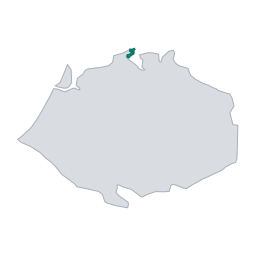 Western Area Urban, Western, Sierra Leone shown in context, rotated 92°
{"feature_id": "65957751B7442620669158", "entity_name": "Western Area Urban", "entity_type": "district", "adm_level": 2, "iso_a3": "SLE", "parent_name": "Sierra Leone", "parent_adm1": "Western", "projection": "equal_earth", "projection_center": [-13.216, 8.449], "detail": "fine", "context": "in_parent", "style": "filled", "palette": "teal", "viewbox_px": 256, "rotation_deg": 92, "n_neighbors": 0, "source": "geoboundaries", "source_scale": "gbopen_adm2", "svg_char_len": 3766}
<svg xmlns="http://www.w3.org/2000/svg" viewBox="0 0 256 256"><g transform="rotate(92 128 128)"><path d="M207.7,125.5L207.5,127.7L206.0,137.9L203.7,146.6L202.1,148.8L195.4,151.1L192.5,155.0L190.1,167.4L188.5,177.2L186.2,178.8L176.4,192.9L169.9,198.3L165.4,202.9L161.2,208.9L155.8,214.7L150.0,224.5L145.9,234.7L143.1,237.9L141.0,235.0L131.2,225.0L120.8,218.2L98.7,206.9L91.3,203.7L91.6,199.7L94.1,192.4L90.0,183.8L91.6,177.6L90.0,177.6L86.9,181.3L80.1,180.3L75.7,174.9L72.0,172.9L70.4,170.2L68.1,156.1L66.4,149.7L63.0,145.7L56.2,144.7L53.5,136.1L49.7,129.4L50.3,125.3L53.4,125.6L55.8,128.5L59.6,129.8L64.4,122.6L68.7,118.6L69.7,115.2L69.2,113.3L66.6,116.2L59.5,115.5L57.7,118.1L54.5,119.0L52.0,110.5L52.2,105.5L53.2,100.0L60.4,99.1L61.0,97.3L56.0,96.1L49.8,89.8L48.7,85.4L51.7,83.9L54.7,84.5L57.3,85.5L60.0,83.9L62.6,81.5L64.2,78.4L66.3,70.2L73.0,67.4L77.0,62.3L80.8,54.5L82.5,48.9L84.0,46.2L85.0,43.8L85.7,41.2L87.4,38.8L89.2,32.9L90.4,27.6L94.3,25.1L102.2,22.8L109.3,26.7L120.9,23.3L121.5,18.3L132.1,18.2L144.7,18.1L155.1,18.1L158.7,19.4L160.0,23.1L163.5,29.0L167.1,33.0L171.6,41.9L176.8,52.2L182.4,61.5L186.0,66.5L186.4,68.3L186.2,70.3L184.4,75.0L182.9,80.2L183.1,82.1L184.1,83.1L190.0,84.7L190.5,90.4L190.6,98.3L193.4,105.7L196.2,111.1L196.0,113.0L189.4,122.3L186.9,131.5L185.6,134.1L185.0,136.2L186.4,137.1L188.2,136.5L190.8,137.3L193.2,137.6L196.4,134.2L201.8,125.8L203.6,124.8L207.7,125.5ZM89.2,200.2L88.4,202.0L84.9,197.4L66.7,190.6L71.8,186.9L84.5,185.9L88.2,188.0L89.9,189.8L90.5,193.1L89.2,200.2Z" fill="#d9dde1" stroke="#a8b0b8" stroke-width="1"/><path d="M57.1,130.2L57.3,130.2L57.4,130.3L57.4,130.2L57.5,130.2L57.4,130.1L57.3,129.8L57.2,129.8L57.2,129.7L57.1,129.8L57.0,129.7L57.0,129.8L56.9,129.7L56.9,129.8L56.9,129.7L56.7,129.7L56.5,129.4L56.3,129.2L56.2,129.0L56.2,128.9L56.1,128.6L56.0,128.4L55.9,128.1L55.8,127.8L55.7,127.8L55.7,127.7L55.4,127.5L55.3,127.4L55.2,127.4L55.2,127.1L55.1,126.9L55.0,126.7L54.9,126.6L54.7,126.4L54.6,126.2L54.4,126.0L54.3,125.9L54.2,125.7L54.1,125.8L53.9,125.8L53.9,125.7L53.8,125.8L53.7,125.8L53.6,125.7L53.5,125.8L53.4,125.8L53.4,125.7L53.3,125.4L53.2,125.5L53.2,125.4L53.3,125.3L53.4,125.2L53.2,125.1L53.1,124.9L52.7,124.9L52.7,125.0L52.4,125.1L52.2,125.1L51.9,125.1L51.9,124.9L51.7,125.0L51.5,125.3L51.4,125.3L51.3,125.2L51.2,125.0L51.1,124.9L51.2,125.0L51.1,124.9L50.9,124.9L50.8,125.1L50.7,125.2L50.8,125.3L50.7,125.3L50.8,125.4L50.9,125.5L50.6,125.6L50.5,125.4L50.4,125.4L50.4,125.2L50.3,124.9L50.2,124.9L50.2,124.7L49.8,124.8L49.8,125.0L49.7,125.0L49.8,125.1L49.7,125.3L49.6,125.5L49.5,125.9L49.5,126.0L49.4,126.2L49.4,126.3L49.4,126.1L49.4,125.9L49.4,125.7L49.4,125.8L49.3,125.7L49.3,125.4L49.2,125.3L49.2,125.2L49.3,125.1L49.5,125.0L49.6,124.9L49.4,124.8L49.3,124.7L49.2,124.7L48.9,124.5L48.9,124.4L48.8,124.5L48.7,124.6L48.4,124.5L48.4,124.8L48.5,125.0L48.8,125.3L48.9,125.7L49.0,125.9L49.1,126.0L49.2,126.4L49.2,126.7L49.3,126.9L49.3,127.1L49.4,127.6L49.4,127.8L49.3,128.2L49.3,128.4L49.3,128.6L49.5,128.5L49.8,128.6L49.9,128.8L50.0,128.8L50.3,128.8L50.3,128.7L50.4,128.8L50.7,128.7L51.3,128.8L51.3,128.7L51.3,128.3L51.2,128.2L51.2,127.9L51.1,127.6L51.0,127.4L51.1,127.2L51.2,127.3L51.2,127.2L51.3,127.1L51.9,127.6L52.1,127.5L52.2,127.4L52.3,127.2L52.2,126.9L52.3,126.8L52.3,126.7L52.4,126.4L52.3,126.1L52.2,126.0L52.3,125.7L52.4,125.8L52.7,126.0L52.8,126.3L52.8,126.5L53.0,126.7L53.0,127.0L53.1,127.3L53.4,127.6L53.5,127.7L53.7,128.2L54.1,128.7L54.2,128.9L54.7,129.7L54.6,129.9L54.7,130.6L54.8,130.7L54.8,130.8L55.0,131.0L55.1,130.9L55.2,131.0L55.3,131.1L55.5,131.2L55.5,131.3L55.5,131.5L55.8,131.5L56.0,131.6L56.3,131.6L56.5,131.6L56.7,131.3L56.8,131.3L56.8,131.2L56.7,130.9L56.7,130.7L56.8,130.6L56.9,130.4L57.0,130.5L57.2,130.4L57.1,130.2Z" fill="#14b8a6" stroke="#0f766e" stroke-width="1.5"/></g></svg>